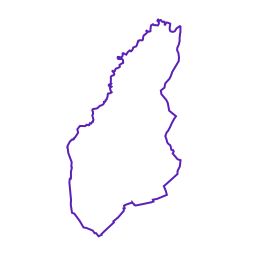 outline of Kota Bukittinggi, Sumatera Barat, Indonesia, rotated 78°
{"feature_id": "22746128B12322141134935", "entity_name": "Kota Bukittinggi", "entity_type": "district", "adm_level": 2, "iso_a3": "IDN", "parent_name": "Indonesia", "parent_adm1": "Sumatera Barat", "projection": "mercator", "projection_center": [100.358, -0.299], "detail": "fine", "context": "isolated", "style": "outline", "palette": "violet", "viewbox_px": 256, "rotation_deg": 78, "n_neighbors": 0, "source": "geoboundaries", "source_scale": "gbopen_adm2", "svg_char_len": 4057}
<svg xmlns="http://www.w3.org/2000/svg" viewBox="0 0 256 256"><g transform="rotate(78 128 128)"><path d="M205.5,128.2L205.5,120.7L205.2,118.3L203.3,118.6L203.4,114.6L203.2,113.3L201.5,103.9L197.5,104.1L192.3,105.0L190.5,101.7L183.3,89.2L180.2,88.4L179.6,87.9L176.4,85.3L170.4,83.3L168.9,86.0L162.2,89.6L160.6,88.2L159.2,88.4L159.1,89.1L158.3,90.1L154.9,90.1L153.6,90.3L152.6,91.3L151.6,92.0L150.1,92.6L147.4,92.7L143.7,93.2L141.3,91.7L140.1,90.9L139.3,89.6L136.3,87.0L132.2,84.0L128.5,80.8L126.5,78.6L119.6,84.1L111.8,83.9L108.6,84.7L101.8,88.3L98.5,88.1L98.2,88.1L96.8,85.4L96.2,84.0L93.0,82.7L92.9,82.6L91.8,81.9L89.1,78.1L88.4,77.1L88.1,76.9L87.7,76.6L86.1,75.3L83.4,73.7L82.4,73.1L73.0,64.4L72.1,64.2L69.8,63.5L66.3,63.2L65.0,63.1L63.2,63.6L62.1,63.8L60.1,63.2L59.4,62.8L57.0,61.0L56.0,60.5L55.9,60.5L53.7,59.4L52.0,59.1L50.6,58.8L49.5,58.4L47.7,57.8L46.6,57.5L45.2,56.8L43.2,56.4L39.7,55.6L39.4,55.8L39.2,56.2L39.6,57.3L40.1,58.5L40.8,60.0L41.3,60.4L42.8,61.8L43.2,62.5L43.3,63.9L42.9,65.2L42.2,66.3L41.3,66.7L39.8,66.6L39.0,66.5L37.2,65.9L34.9,65.0L34.5,65.3L33.0,67.6L32.9,68.2L33.5,69.2L34.7,70.1L34.5,70.6L33.1,70.3L31.7,70.3L31.4,70.8L31.4,72.0L31.3,72.4L30.0,73.1L29.5,73.2L29.2,73.6L29.2,74.4L29.6,74.9L29.3,75.4L28.9,75.5L28.2,75.9L28.3,76.3L28.7,76.7L29.3,76.9L29.7,76.7L30.1,76.2L30.9,76.1L31.3,75.9L32.3,76.1L32.7,76.3L33.9,77.5L33.4,78.9L33.0,80.0L33.0,80.5L32.7,81.2L32.2,81.5L31.9,81.7L31.7,82.0L31.8,82.4L32.1,82.5L32.3,83.9L33.0,84.4L34.5,84.9L35.0,85.2L37.9,85.9L38.2,87.0L38.2,87.7L36.7,89.6L36.9,89.9L38.1,89.3L39.1,90.0L39.6,91.3L40.3,92.1L40.6,93.2L41.4,93.8L42.9,94.5L44.2,94.9L45.1,95.5L45.2,96.0L44.6,98.0L44.8,99.8L45.3,100.2L45.6,99.9L46.9,101.1L49.1,102.3L50.0,103.4L50.0,104.5L50.4,106.2L50.8,106.4L51.5,106.7L52.5,107.6L53.0,108.0L53.6,109.2L53.0,109.8L52.5,110.2L53.9,112.7L54.8,113.4L55.5,114.1L55.9,114.5L54.6,116.1L54.2,116.6L53.8,117.2L54.0,117.8L55.8,118.1L56.7,118.7L57.1,119.0L57.6,120.4L56.9,121.4L56.8,121.7L56.4,122.5L56.4,123.2L57.0,123.5L58.0,123.5L58.5,122.9L59.0,121.4L59.1,119.7L60.0,119.1L60.6,118.8L63.3,119.2L63.5,119.9L63.4,120.2L63.5,120.5L64.0,121.7L64.5,123.1L65.2,123.3L66.0,123.2L66.7,123.5L67.0,124.6L67.5,127.7L68.0,128.1L68.5,128.5L68.8,128.6L69.6,129.1L69.7,129.4L69.9,129.7L69.7,130.3L69.4,130.6L68.9,131.0L69.1,131.4L69.7,131.2L70.4,130.7L71.2,130.4L72.1,130.2L72.8,130.4L73.4,131.0L73.4,131.9L73.7,133.2L74.3,134.1L75.4,134.4L76.3,134.5L78.1,134.9L79.2,135.3L80.7,135.4L81.1,135.0L81.4,135.2L81.4,136.7L81.7,137.7L82.3,138.0L82.7,137.9L83.3,137.1L83.4,136.1L83.8,135.6L84.2,135.4L85.1,137.4L86.6,137.3L87.7,137.3L88.6,137.0L89.2,136.6L89.7,136.5L89.9,136.9L90.0,137.8L90.3,138.6L90.3,139.3L90.1,140.2L90.7,140.8L91.4,141.0L92.5,141.2L95.1,142.7L95.7,143.0L95.8,143.7L96.1,144.2L97.0,144.4L97.5,144.8L97.4,146.1L99.0,146.5L99.7,147.4L99.8,147.5L100.4,149.6L100.4,150.9L101.2,152.1L102.3,153.8L102.3,154.7L102.4,155.5L102.2,157.6L102.3,158.6L103.4,159.3L104.6,158.9L105.4,159.0L107.1,159.3L107.9,160.1L108.5,160.3L109.7,160.2L111.2,160.2L112.2,160.0L113.1,160.2L114.3,161.4L114.8,160.0L114.3,161.4L116.0,163.1L115.9,163.8L115.4,164.2L116.2,164.9L117.1,165.3L117.1,166.0L116.2,167.7L116.3,168.2L117.2,169.2L118.0,168.9L117.3,169.2L116.0,174.6L118.7,177.8L119.5,177.8L122.3,177.8L123.7,179.3L124.2,179.7L126.3,181.9L126.6,182.8L127.4,183.1L127.9,183.7L127.9,184.3L127.5,184.8L129.1,187.6L133.0,190.9L133.9,190.9L134.4,191.5L135.5,191.2L140.1,191.6L149.7,190.2L154.1,191.5L154.6,191.1L155.7,191.4L157.7,192.4L159.6,193.1L160.7,193.3L164.7,194.1L165.8,194.6L165.5,195.4L167.7,196.3L169.5,196.7L186.6,198.7L186.9,198.8L191.0,199.9L199.3,200.4L200.6,198.3L208.8,194.6L216.0,192.2L217.1,189.5L221.0,183.8L223.6,182.7L224.0,182.5L224.1,181.2L226.0,180.2L227.8,179.3L227.0,176.0L226.3,176.1L224.3,172.9L221.8,168.8L217.4,161.4L216.2,161.7L215.3,159.9L213.4,156.2L208.2,149.4L206.5,148.9L206.2,149.0L205.8,149.1L205.8,147.9L203.2,148.1L202.6,146.2L201.8,139.6L201.4,139.4L202.9,138.7L203.9,137.9L204.1,137.8L204.7,137.8L205.4,136.6L205.5,128.2Z" fill="none" stroke="#5b21b6" stroke-width="2"/></g></svg>